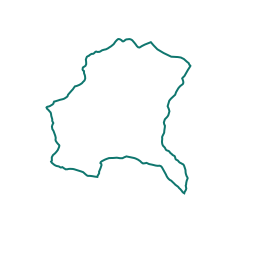 Silambi, Mongar, Bhutan, rotated 63°
{"feature_id": "84629894B22017892255208", "entity_name": "Silambi", "entity_type": "district", "adm_level": 2, "iso_a3": "BTN", "parent_name": "Bhutan", "parent_adm1": "Mongar", "projection": "orthographic", "projection_center": [91.084, 27.121], "detail": "fine", "context": "isolated", "style": "outline", "palette": "teal", "viewbox_px": 256, "rotation_deg": 63, "n_neighbors": 0, "source": "geoboundaries", "source_scale": "gbopen_adm2", "svg_char_len": 3793}
<svg xmlns="http://www.w3.org/2000/svg" viewBox="0 0 256 256"><g transform="rotate(63 128 128)"><path d="M72.7,191.3L74.0,191.4L75.9,190.7L78.1,190.2L79.0,189.9L80.5,190.2L82.5,190.9L85.8,191.5L87.3,192.3L89.7,192.3L90.1,192.8L90.6,193.6L92.1,195.1L94.6,195.9L96.8,195.7L99.2,196.0L101.7,196.3L103.8,196.8L104.5,197.2L105.7,198.0L106.9,198.2L109.2,197.9L111.1,197.4L112.0,197.1L112.6,197.2L113.7,198.1L115.7,200.5L116.5,202.1L117.4,204.3L118.1,207.2L119.5,209.2L122.6,210.7L123.0,211.8L124.3,211.7L125.5,211.2L127.1,210.5L128.3,209.8L129.3,209.0L130.2,207.9L130.8,207.1L131.8,206.5L132.5,206.0L132.8,205.6L132.9,205.1L133.1,204.2L134.7,203.4L136.5,202.3L137.2,200.8L137.5,199.5L138.1,198.1L139.5,195.7L140.4,194.6L141.2,193.8L145.3,189.6L147.0,188.0L150.1,186.8L151.7,186.1L152.5,185.4L152.8,184.8L153.1,184.1L153.8,183.0L154.9,181.4L156.4,179.4L157.7,177.5L157.2,177.1L156.6,176.5L156.0,175.4L155.2,174.3L154.9,174.1L153.9,173.7L151.2,170.6L149.1,168.5L148.1,168.1L146.7,168.5L146.0,167.7L145.7,166.2L145.7,164.3L145.7,162.8L145.9,160.7L146.2,158.5L147.9,155.0L149.4,151.4L151.3,148.8L152.4,146.7L152.4,144.6L152.6,142.3L153.9,140.7L154.7,139.7L155.0,139.3L157.5,136.2L158.6,135.1L160.8,133.4L163.2,132.1L164.9,131.6L166.4,130.7L167.1,128.9L167.5,127.3L169.7,125.6L171.6,123.2L174.1,120.3L175.2,118.7L175.8,117.3L175.9,117.0L177.0,116.0L178.4,115.6L181.3,115.5L187.0,115.3L187.6,115.4L188.7,115.4L189.9,115.3L190.7,115.2L192.1,114.8L193.3,114.3L194.7,113.3L195.5,113.1L198.6,112.0L200.0,111.6L203.2,110.0L204.9,109.7L206.3,109.1L208.6,108.6L209.5,108.5L210.5,108.2L211.4,107.7L211.7,107.5L210.7,106.6L209.7,104.9L208.5,103.6L205.5,102.7L204.9,102.0L203.3,101.0L201.5,99.5L200.9,98.8L199.9,97.7L199.1,97.5L197.2,97.6L194.9,97.2L193.6,96.8L191.6,95.9L190.6,95.7L187.4,95.2L185.9,95.2L185.2,95.5L184.8,95.9L183.9,96.4L182.3,97.6L181.6,97.9L179.7,98.3L177.8,99.6L176.9,99.7L175.9,99.4L174.4,99.2L173.9,99.4L172.3,100.5L170.6,101.0L169.9,101.5L167.7,101.9L166.8,102.3L166.2,103.0L165.1,103.9L164.3,104.1L162.2,104.1L161.5,104.3L159.5,104.9L157.7,104.7L157.1,104.5L155.7,104.0L153.0,102.3L152.1,102.0L151.2,101.4L150.0,99.8L149.0,98.4L148.3,97.7L147.4,97.2L145.9,96.2L144.0,94.8L143.1,94.3L142.9,94.1L140.9,94.0L139.3,93.5L137.0,91.2L135.9,88.0L135.1,86.5L134.0,85.4L131.9,83.5L129.5,83.0L126.6,82.8L122.4,78.8L121.4,76.5L120.5,73.4L119.8,70.9L117.9,68.9L115.5,65.2L114.9,63.9L114.3,62.2L113.8,59.3L113.5,58.9L112.9,58.2L111.5,57.6L109.6,57.3L108.4,57.2L108.0,56.4L107.3,54.1L103.6,48.5L102.2,46.1L101.4,44.8L101.0,44.2L100.5,44.2L99.7,44.6L97.7,44.5L95.8,45.4L91.9,46.9L89.2,48.9L87.4,51.4L84.1,57.1L77.4,62.2L71.2,66.1L66.0,67.7L61.9,68.7L61.3,75.2L61.3,77.4L61.3,78.4L61.5,80.5L61.5,81.2L60.7,82.3L59.1,82.9L56.9,83.2L54.5,83.7L51.7,84.4L50.3,85.3L49.4,86.4L48.3,89.3L48.3,90.4L48.5,91.1L48.6,91.6L48.7,92.2L48.6,93.1L48.1,93.6L46.7,94.0L45.2,95.0L44.4,96.1L44.3,96.7L44.6,98.0L45.4,100.1L46.8,102.7L47.5,105.9L47.6,106.9L47.7,108.1L47.9,109.6L47.9,111.8L47.4,113.7L47.0,115.8L47.2,117.7L47.2,118.7L47.0,119.3L46.3,120.8L45.4,121.7L45.4,122.7L45.9,124.1L46.1,125.1L45.8,126.0L45.4,126.9L45.5,127.9L45.6,129.3L45.9,129.9L45.8,131.2L45.9,132.3L46.9,133.5L47.9,134.5L49.9,135.2L51.0,135.7L52.2,136.3L53.3,137.7L53.5,139.4L53.5,140.3L53.8,140.9L55.2,141.9L56.2,142.0L57.1,141.4L58.1,141.7L58.9,142.2L60.0,142.4L61.3,142.5L62.7,142.9L64.4,143.6L65.6,144.8L66.0,145.4L66.6,147.3L67.2,148.7L67.3,149.7L67.4,150.3L67.5,151.8L67.3,154.3L67.1,155.3L66.8,156.3L67.4,157.6L68.5,159.6L69.0,161.0L70.6,165.0L70.9,165.7L71.1,166.2L71.4,166.6L72.3,167.5L72.6,168.5L72.8,170.4L72.9,171.5L72.7,173.0L71.9,176.3L71.8,177.3L71.2,180.7L71.1,181.4L70.9,181.7L71.2,182.3L72.4,183.4L72.8,184.6L72.9,186.4L73.0,187.3L72.9,188.6L72.5,190.1L72.5,190.9L72.7,191.3Z" fill="none" stroke="#0f766e" stroke-width="2"/></g></svg>